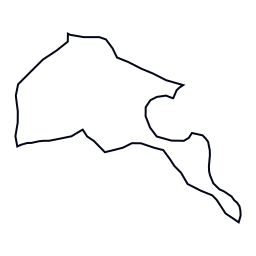 Ryonggang, P'yŏngan-namdo, North Korea
{"feature_id": "82179303B96536489392823", "entity_name": "Ryonggang", "entity_type": "district", "adm_level": 2, "iso_a3": "PRK", "parent_name": "North Korea", "parent_adm1": "P'yŏngan-namdo", "projection": "robinson", "projection_center": [125.476, 38.813], "detail": "fine", "context": "isolated", "style": "outline", "palette": "ink", "viewbox_px": 256, "rotation_deg": 0, "n_neighbors": 0, "source": "geoboundaries", "source_scale": "gbopen_adm2", "svg_char_len": 1096}
<svg xmlns="http://www.w3.org/2000/svg" viewBox="0 0 256 256"><path d="M229.5,195.1L224.0,191.4L219.4,189.3L213.3,183.3L210.0,175.3L209.1,171.2L208.9,166.3L209.9,155.4L209.8,150.4L208.1,141.8L205.5,138.3L202.5,135.3L191.9,133.0L188.9,137.8L183.9,140.8L171.4,140.6L163.2,138.3L156.7,136.5L150.0,127.5L145.6,116.2L145.7,107.2L150.4,100.2L156.9,96.9L166.0,95.6L172.7,98.2L173.2,98.2L176.7,90.1L179.8,87.3L183.2,85.1L166.1,80.2L152.7,73.4L141.5,68.8L128.2,62.0L117.0,57.5L112.6,48.4L105.9,39.4L99.2,37.1L92.5,37.1L83.5,37.1L70.1,34.8L67.9,33.7L67.8,41.6L56.5,50.6L43.0,59.5L33.9,68.5L18.1,84.3L15.8,95.6L17.8,111.4L17.7,122.7L15.4,136.2L17.3,146.5L20.6,144.9L27.3,143.0L31.5,142.9L38.7,141.3L43.6,140.8L49.0,140.8L60.2,138.6L71.4,136.3L82.7,129.6L87.1,136.4L93.8,140.9L104.9,152.2L113.9,150.0L122.9,147.7L131.9,143.2L140.9,143.3L154.3,147.8L163.3,150.1L169.9,159.1L174.3,165.9L181.0,172.7L187.6,184.0L201.0,190.8L212.2,195.3L216.7,199.9L225.5,213.4L238.7,222.3L240.6,215.6L240.4,210.7L239.5,206.3L237.2,202.8L234.1,200.1L231.6,196.5L229.5,195.1Z" fill="none" stroke="#020617" stroke-width="2"/></svg>